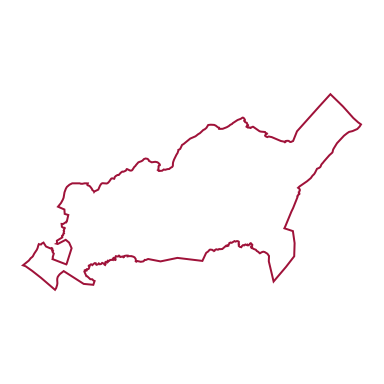 Rangárþing ytra, Suðurland, Iceland (Mercator projection)
{"feature_id": "244011B57462919825437", "entity_name": "Rangárþing ytra", "entity_type": "district", "adm_level": 2, "iso_a3": "ISL", "parent_name": "Iceland", "parent_adm1": "Suðurland", "projection": "mercator", "projection_center": [-19.711, 63.992], "detail": "fine", "context": "isolated", "style": "outline", "palette": "rose", "viewbox_px": 384, "rotation_deg": 0, "n_neighbors": 0, "source": "geoboundaries", "source_scale": "gbopen_adm2", "svg_char_len": 5977}
<svg xmlns="http://www.w3.org/2000/svg" viewBox="0 0 384 384"><path d="M361.0,124.4L358.2,122.4L353.3,118.0L343.0,106.5L330.4,94.2L319.2,106.5L297.0,131.3L293.1,141.0L290.8,142.0L289.8,141.8L288.7,140.9L287.1,140.8L285.5,141.1L285.3,141.6L285.4,142.0L284.9,142.3L283.9,141.6L280.9,141.0L271.7,137.1L268.8,136.5L267.3,137.1L265.6,136.3L265.1,135.7L265.6,134.6L267.0,133.7L266.7,133.3L265.6,133.0L265.0,132.0L260.8,131.6L259.5,131.2L253.2,126.8L252.5,126.8L250.5,128.0L250.1,127.9L249.9,127.5L247.9,127.6L246.5,126.7L247.0,125.8L247.8,125.8L248.0,125.6L248.1,125.2L247.0,123.7L246.9,123.0L246.8,122.8L245.2,122.2L244.8,121.2L244.2,120.9L244.2,120.6L244.9,120.2L244.9,119.7L243.9,118.2L242.9,117.6L242.4,117.7L240.8,118.8L237.6,120.0L232.7,123.2L232.0,124.0L230.3,124.8L228.9,126.0L226.8,127.2L222.7,128.8L219.1,128.9L219.0,128.6L219.2,127.9L219.1,127.7L218.0,127.4L215.7,125.6L214.1,124.9L210.7,124.7L208.2,125.0L206.4,127.9L204.6,129.4L203.4,129.9L199.9,133.2L198.3,134.1L195.5,136.3L190.2,138.6L183.5,144.1L182.1,144.9L180.2,148.9L178.3,150.0L178.4,150.5L177.5,153.1L176.5,154.6L174.0,159.7L173.1,162.3L172.9,163.8L172.9,165.4L172.6,166.4L172.1,167.0L170.6,167.8L169.2,169.0L167.6,169.1L165.1,169.8L163.7,169.5L162.2,170.7L158.9,171.0L157.9,170.1L158.6,169.5L158.4,168.6L158.4,168.2L158.6,167.6L158.5,166.4L158.8,165.7L159.8,165.3L159.9,164.9L159.4,163.9L158.8,163.5L158.4,162.9L157.2,162.2L155.2,161.8L151.7,162.3L149.0,160.9L148.8,160.6L148.6,159.9L147.6,158.9L145.6,158.5L143.9,159.1L142.6,160.5L141.4,161.2L138.4,162.3L136.1,164.9L135.2,166.2L134.4,166.8L132.3,170.0L131.6,170.5L130.2,170.6L127.1,169.1L126.7,169.1L126.0,170.4L125.7,170.7L123.5,171.7L122.3,171.6L120.8,172.7L118.7,175.0L117.5,175.0L115.8,176.0L114.7,177.1L114.4,178.5L114.2,178.8L112.1,178.3L111.2,178.7L109.1,181.7L107.7,183.1L106.7,183.5L102.6,183.2L101.7,183.5L100.9,184.3L100.0,185.7L98.3,189.6L94.4,191.5L94.1,191.9L93.8,191.1L92.4,190.1L91.8,188.7L90.1,186.5L89.4,185.9L87.9,185.4L87.3,184.9L87.3,184.7L87.7,183.7L87.8,183.4L84.8,183.3L82.2,183.8L80.6,183.7L79.7,183.3L72.3,183.3L69.5,184.7L66.9,186.9L65.9,188.6L64.5,192.3L63.6,197.7L62.8,199.7L61.0,203.0L58.0,206.7L64.4,209.5L64.7,213.9L68.3,215.0L66.9,221.2L66.4,221.5L66.4,222.1L66.2,222.4L65.7,222.3L63.1,224.0L61.6,223.9L61.9,226.8L63.2,227.7L64.6,227.8L64.8,228.1L64.0,229.6L63.9,230.4L63.7,230.7L64.1,231.2L63.7,232.6L64.0,233.4L63.4,233.7L63.1,234.5L63.2,234.9L62.9,235.3L62.1,235.7L62.0,236.2L62.2,236.6L62.1,236.9L62.3,237.1L62.3,237.4L56.9,240.7L57.0,243.5L56.6,243.7L57.7,244.0L65.7,239.8L69.1,242.6L71.6,248.2L66.6,264.0L66.3,264.4L52.5,259.1L52.9,257.9L52.7,257.2L53.8,253.6L52.8,252.4L52.9,252.2L52.8,251.6L53.0,250.9L52.1,250.6L52.2,250.0L52.4,249.8L52.1,249.4L52.3,249.2L52.2,249.0L52.3,248.8L52.1,248.6L52.1,248.3L51.4,248.0L50.6,248.5L46.0,246.5L43.5,242.6L41.9,243.5L41.0,244.5L39.7,244.3L39.3,244.5L38.8,244.2L38.4,245.1L37.6,248.0L36.8,249.8L34.2,253.7L32.9,256.2L32.3,256.9L30.7,258.2L28.8,260.6L23.0,265.3L25.7,266.3L32.2,270.9L41.0,277.8L55.0,289.8L56.1,288.2L57.1,285.1L57.4,283.3L57.2,280.0L57.3,278.4L57.8,276.8L59.0,275.1L60.0,274.0L63.7,271.1L83.7,283.9L93.3,284.8L94.6,281.0L93.4,280.5L92.3,279.3L90.3,279.2L87.1,276.2L86.4,276.2L84.4,271.7L85.0,271.2L84.7,270.7L84.7,270.3L85.4,270.0L86.0,270.5L86.6,270.6L86.8,270.3L86.7,269.5L86.8,269.2L88.2,269.1L88.8,268.7L89.6,266.2L88.8,266.0L88.7,265.9L88.8,265.6L89.8,265.2L91.0,264.3L91.6,264.4L92.3,265.1L94.4,263.3L94.9,263.1L95.8,263.3L96.1,264.5L96.6,264.8L98.0,264.3L98.8,263.4L99.9,264.3L101.3,263.9L102.1,262.9L102.3,262.9L103.9,263.7L104.5,264.6L105.1,265.0L105.5,264.3L105.0,263.4L105.5,262.0L106.0,261.8L106.8,262.5L107.4,262.5L107.9,262.0L108.0,261.7L107.7,261.1L107.8,260.7L109.2,260.9L110.2,259.9L111.1,260.0L111.7,259.7L112.9,260.0L113.1,258.4L113.8,257.8L114.5,257.8L114.7,258.1L114.3,258.7L114.3,259.0L114.9,259.9L115.4,260.0L115.6,259.7L115.3,257.5L115.6,257.1L115.7,256.4L115.8,256.2L118.0,256.5L119.0,255.6L119.5,255.9L120.0,256.8L120.4,257.0L122.5,256.5L123.4,257.3L123.9,257.1L123.9,256.7L124.2,256.0L126.2,255.6L127.7,255.6L127.7,256.4L129.3,256.1L131.7,256.1L132.0,256.4L133.1,256.6L134.5,257.3L135.6,258.8L135.9,260.5L135.7,261.3L136.3,261.7L137.3,261.0L140.7,261.8L143.2,261.4L143.9,260.9L144.7,259.9L145.8,260.0L148.1,259.0L160.5,261.4L177.4,257.9L202.4,260.9L206.0,253.2L206.4,252.7L208.1,251.5L209.6,249.8L210.3,249.6L212.1,249.8L213.1,250.5L213.9,250.6L214.1,251.0L214.5,250.8L214.7,250.2L216.2,249.3L218.0,249.7L219.2,249.0L219.7,249.2L222.3,249.0L226.0,245.8L226.7,246.2L227.1,246.1L227.0,245.5L227.1,245.4L227.8,245.8L228.4,245.7L228.5,245.3L228.3,245.1L228.3,244.8L229.2,243.9L229.4,243.0L229.6,242.9L230.7,242.5L231.1,242.8L231.7,242.8L234.5,241.1L235.5,241.6L236.8,241.1L237.7,241.1L238.8,241.7L238.9,242.2L238.6,243.3L239.1,244.2L239.0,244.6L238.7,244.8L238.8,245.1L238.8,246.0L239.9,246.9L241.3,247.2L241.8,246.2L243.1,245.1L244.0,245.4L244.2,245.1L245.4,244.5L246.2,245.0L247.3,244.6L247.6,245.3L248.0,245.4L248.5,244.9L249.6,244.7L249.8,244.4L249.9,243.7L250.8,243.2L252.3,244.8L252.2,245.3L252.2,245.9L252.1,246.2L251.3,246.5L250.9,246.9L251.4,247.8L251.7,248.1L252.5,248.0L253.3,248.8L255.9,249.8L256.7,250.9L258.2,251.8L259.8,253.3L260.2,253.2L261.5,252.3L263.2,251.7L264.6,252.0L267.4,253.7L269.0,256.0L268.8,261.3L273.6,281.5L286.0,266.9L294.2,256.3L294.6,243.1L292.9,231.1L284.4,228.3L285.5,225.9L291.4,211.6L293.1,208.1L297.4,197.3L297.4,196.8L297.5,196.7L297.3,196.4L297.5,195.9L298.0,195.4L298.4,194.5L299.2,194.3L299.4,194.0L299.4,193.6L299.0,193.1L299.0,192.5L298.8,192.2L299.4,191.7L299.6,190.5L299.9,190.1L299.8,189.6L299.3,188.7L298.1,187.8L299.6,186.4L307.0,181.3L310.8,178.1L312.5,175.7L314.1,174.2L315.1,172.6L317.0,168.8L318.9,168.0L320.2,167.1L320.6,166.5L321.3,164.7L322.1,163.6L323.0,162.7L323.8,161.6L329.4,155.2L332.2,152.7L332.6,152.0L333.0,150.0L333.6,148.7L337.0,143.2L344.0,135.7L347.3,133.1L349.1,131.9L352.5,131.1L357.3,129.0L359.6,126.6L361.0,124.4Z" fill="none" stroke="#9f1239" stroke-width="2"/></svg>